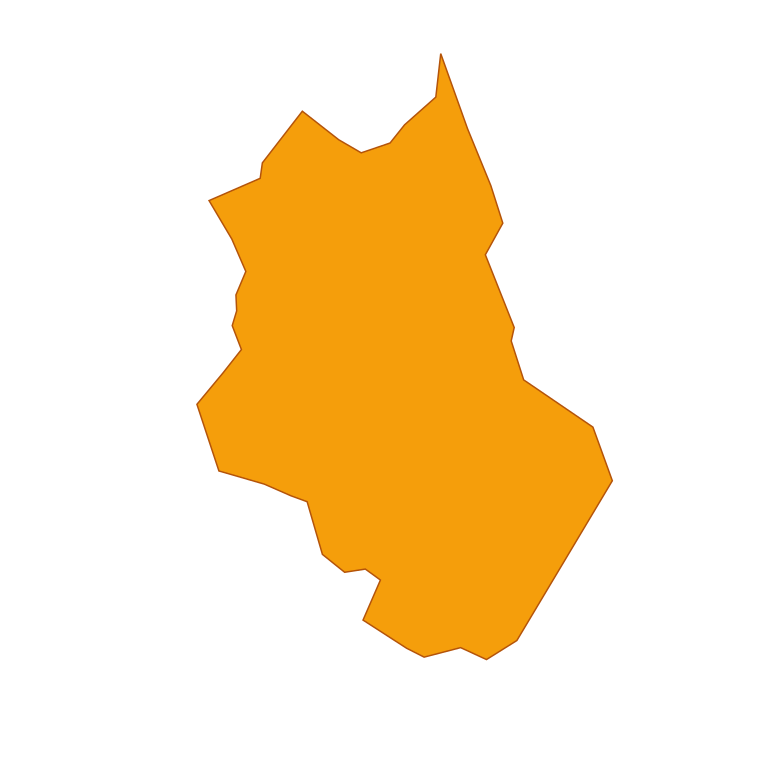 the district of Krujë, Durrës, Albania, rotated 71°
{"feature_id": "67620474B91291617478666", "entity_name": "Krujë", "entity_type": "district", "adm_level": 2, "iso_a3": "ALB", "parent_name": "Albania", "parent_adm1": "Durrës", "projection": "robinson", "projection_center": [19.708, 41.488], "detail": "fine", "context": "isolated", "style": "filled", "palette": "amber", "viewbox_px": 768, "rotation_deg": 71, "n_neighbors": 0, "source": "geoboundaries", "source_scale": "gbopen_adm2", "svg_char_len": 671}
<svg xmlns="http://www.w3.org/2000/svg" viewBox="0 0 768 768"><g transform="rotate(71 384 384)"><path d="M90.1,222.8L129.6,241.6L145.6,280.1L158.1,299.8L158.0,330.3L138.3,347.3L99.5,372.4L135.3,427.0L149.2,434.1L153.6,489.7L197.5,480.7L232.6,478.0L251.6,495.0L266.9,499.5L279.4,508.5L305.0,507.6L321.1,532.6L342.3,567.5L412.5,568.4L439.6,529.9L459.3,508.5L470.3,495.0L525.1,497.7L549.2,482.5L552.9,461.9L568.2,451.2L600.4,480.7L641.4,448.5L655.3,435.0L658.2,397.4L677.9,376.8L669.8,341.9L549.8,199.6L492.8,200.5L425.6,250.6L384.7,249.7L373.0,242.5L294.8,246.1L270.6,219.3L231.2,218.4L169.8,221.9L90.1,222.8Z" fill="#f59e0b" stroke="#b45309" stroke-width="1.5"/></g></svg>